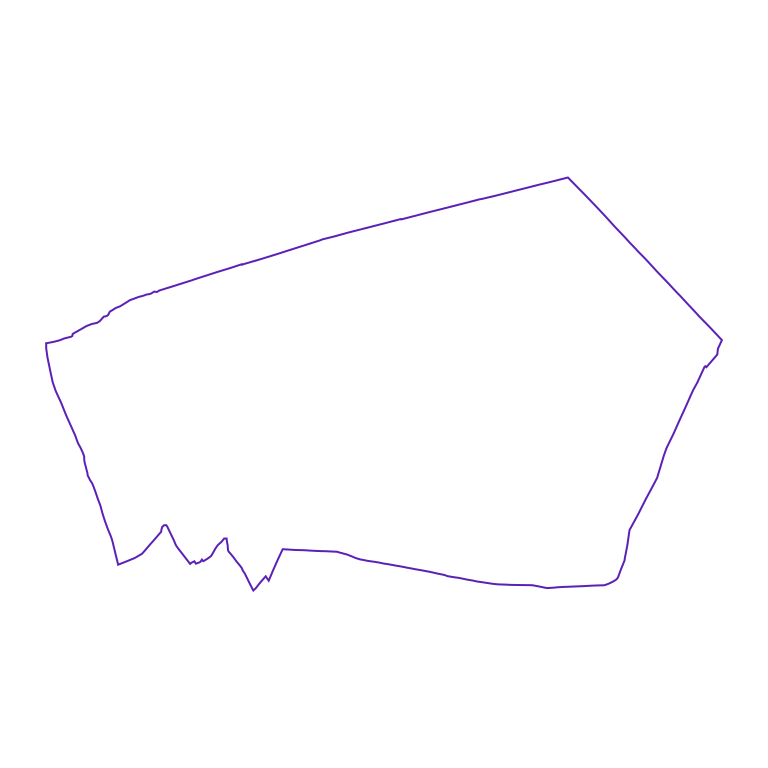 Tam Nong, Ðong Tháp, Vietnam
{"feature_id": "81297802B81919693811276", "entity_name": "Tam Nong", "entity_type": "district", "adm_level": 2, "iso_a3": "VNM", "parent_name": "Vietnam", "parent_adm1": "Ðong Tháp", "projection": "robinson", "projection_center": [105.496, 10.734], "detail": "fine", "context": "isolated", "style": "outline", "palette": "violet", "viewbox_px": 768, "rotation_deg": 0, "n_neighbors": 0, "source": "geoboundaries", "source_scale": "gbopen_adm2", "svg_char_len": 3880}
<svg xmlns="http://www.w3.org/2000/svg" viewBox="0 0 768 768"><path d="M629.4,530.8L629.5,530.1L638.2,514.2L645.6,499.5L652.8,486.1L657.2,477.7L657.7,476.0L657.9,475.3L664.0,455.1L666.6,447.9L673.5,433.8L679.1,421.2L685.7,406.8L691.2,394.4L693.3,389.8L697.2,382.8L704.6,366.7L705.4,366.2L706.4,367.2L717.3,354.5L717.9,348.8L721.9,340.1L717.7,335.6L709.1,326.5L699.3,316.5L696.7,313.6L686.5,302.7L680.2,295.9L676.2,291.8L668.2,283.2L666.1,281.0L661.2,275.9L656.6,271.1L654.7,269.0L649.2,263.0L645.5,259.0L637.8,251.2L635.6,248.7L629.6,242.5L624.8,237.2L622.6,234.9L614.6,226.5L604.8,215.7L594.7,205.0L584.1,194.0L574.0,183.7L567.9,177.5L550.2,182.0L544.5,183.4L538.6,184.8L519.3,189.7L508.3,192.5L502.0,194.1L496.0,195.6L481.2,199.1L480.4,199.1L464.6,203.2L428.6,212.3L401.3,219.4L401.0,219.0L384.2,223.4L353.2,231.3L347.4,232.8L334.5,236.4L322.3,239.4L319.9,240.4L298.6,247.2L286.0,251.2L280.2,253.1L259.5,259.5L242.3,264.5L242.2,264.6L242.0,264.2L241.9,264.2L231.3,267.7L216.3,272.3L205.2,275.9L198.9,277.9L189.6,281.0L173.2,286.2L159.3,290.5L159.2,290.6L156.9,292.0L154.1,291.6L153.3,292.2L150.6,293.8L148.4,294.3L146.2,294.6L144.3,295.4L141.3,296.3L139.0,296.8L134.2,298.6L130.0,300.1L125.3,303.1L119.9,306.4L115.7,308.0L112.3,310.2L110.0,311.5L109.4,312.4L108.2,314.9L106.7,316.0L105.2,316.4L103.8,316.6L103.0,317.5L99.9,321.0L97.2,322.8L91.8,324.0L86.6,326.0L72.7,333.9L72.6,334.7L72.4,335.8L71.3,336.7L64.4,338.4L59.7,340.3L53.4,341.9L46.1,343.3L46.2,343.7L46.2,348.4L47.5,357.6L50.7,373.0L52.7,382.3L55.8,391.2L61.1,402.7L66.1,415.2L74.4,433.7L75.0,434.9L75.0,435.0L78.0,443.2L80.5,447.7L82.9,452.9L84.2,456.5L84.2,456.8L84.2,459.4L84.6,462.4L85.9,467.2L86.9,471.2L87.3,472.4L87.7,475.4L90.1,480.2L91.9,482.9L93.2,485.7L95.4,491.7L97.7,498.5L100.4,505.6L102.6,513.8L104.8,520.7L108.2,530.0L110.9,536.4L112.4,541.0L113.3,544.8L115.0,551.8L115.7,554.7L116.9,559.6L117.7,562.7L118.1,564.7L127.0,561.2L134.8,558.0L140.2,554.8L142.0,553.8L145.9,549.4L149.7,544.9L153.2,541.0L161.2,531.7L161.4,529.7L162.3,526.9L164.1,525.2L166.3,525.2L167.3,526.7L173.9,540.4L175.8,545.0L176.5,546.1L178.5,548.9L183.1,554.8L185.8,558.3L189.2,562.7L190.2,563.9L191.2,562.9L194.4,561.3L195.9,563.7L198.0,562.9L199.7,562.3L200.2,561.9L200.8,561.3L201.9,559.6L203.2,561.2L203.4,561.2L203.6,561.1L204.8,560.3L207.0,559.0L209.6,557.2L211.1,556.0L211.8,554.9L213.7,551.6L215.3,548.7L216.9,546.4L218.1,544.8L221.2,542.1L222.6,540.4L224.2,538.5L226.6,538.5L226.8,540.6L227.3,543.5L227.6,544.8L228.0,549.6L228.1,550.5L228.4,551.1L228.7,551.7L230.0,553.1L231.1,554.4L233.5,557.3L236.6,561.6L240.1,565.8L241.8,568.1L243.0,570.9L244.6,573.2L245.1,574.1L250.0,584.1L252.9,589.8L253.3,590.5L255.8,588.2L258.4,584.8L261.4,581.2L265.7,576.3L268.7,580.7L273.3,569.8L277.6,560.1L282.7,549.2L295.6,550.0L304.1,550.2L310.2,550.6L316.0,550.9L320.9,551.1L325.4,551.2L337.6,551.8L338.2,552.2L339.1,552.4L347.3,554.6L350.2,555.8L351.9,556.4L354.6,557.6L356.5,558.3L358.1,558.8L360.1,559.4L361.4,559.6L362.5,559.8L366.8,560.7L368.6,561.0L370.0,561.2L375.1,561.9L379.2,562.6L383.3,563.5L385.5,563.8L389.3,564.4L393.1,565.1L396.8,565.8L398.8,566.1L405.0,567.2L406.8,567.7L407.7,567.8L408.8,568.0L411.1,568.4L414.6,569.1L417.5,569.6L422.2,570.4L428.0,571.5L430.1,571.9L436.8,573.4L438.1,573.7L438.7,573.8L443.6,574.8L445.4,575.3L447.3,576.1L455.1,577.4L457.7,577.7L460.4,578.2L467.6,579.7L472.0,580.4L477.1,581.5L483.4,582.4L492.6,583.8L495.3,584.1L497.7,584.3L498.5,584.4L505.6,584.6L510.9,584.9L517.7,585.0L532.2,585.2L539.2,586.5L547.0,588.1L553.3,587.7L557.3,587.3L564.0,586.9L567.4,586.8L574.1,586.5L582.1,586.2L585.6,586.0L593.1,585.6L598.5,585.4L603.3,585.3L604.5,585.2L605.1,585.0L608.4,583.8L609.9,583.1L612.4,581.9L615.5,580.1L616.5,579.3L617.1,578.6L617.7,577.9L618.3,576.6L620.8,569.7L623.2,563.8L624.5,560.6L625.0,557.2L625.4,555.4L627.4,544.9L629.4,530.8Z" fill="none" stroke="#5b21b6" stroke-width="2"/></svg>